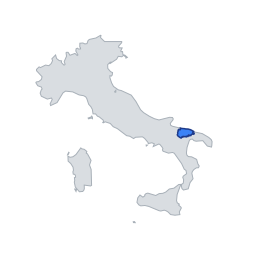 Bari highlighted on a map of Italy, rotated 346°
{"feature_id": "ITA-5403", "entity_name": "Bari", "entity_type": "Province", "adm_level": 1, "iso_a3": "ITA", "parent_name": "Italy", "parent_adm1": "", "projection": "albers", "projection_center": [16.754, 40.964], "detail": "fine", "context": "in_parent", "style": "filled", "palette": "blue", "viewbox_px": 256, "rotation_deg": 346, "n_neighbors": 0, "source": "natural_earth", "source_scale": "10m", "svg_char_len": 4925}
<svg xmlns="http://www.w3.org/2000/svg" viewBox="0 0 256 256"><g transform="rotate(346 128 128)"><path d="M56.5,47.2L57.7,48.2L63.2,47.0L66.3,48.4L69.1,46.9L71.1,44.4L70.9,42.4L75.4,39.6L75.5,43.3L77.6,46.0L79.8,46.8L79.1,48.2L81.1,51.5L82.0,51.3L82.4,50.8L82.1,48.2L85.7,43.5L86.1,40.0L86.7,39.7L88.2,40.1L89.3,43.4L94.6,42.8L96.2,45.4L97.1,45.0L96.0,40.7L96.8,38.6L98.2,38.3L99.1,39.4L101.1,39.8L101.3,38.6L100.8,37.7L101.8,34.1L104.8,34.6L106.5,36.0L108.6,36.2L110.5,33.4L112.0,32.7L118.7,32.9L123.8,31.4L124.2,31.9L123.2,33.2L123.5,34.1L126.2,38.5L142.8,42.6L142.5,43.7L138.8,46.2L138.5,47.2L139.0,48.1L141.7,48.9L139.7,51.3L139.7,52.3L141.2,52.5L140.8,55.6L142.6,56.6L144.5,59.3L142.5,59.8L143.3,59.1L141.4,56.4L139.2,57.4L135.9,56.1L133.6,58.5L125.7,61.3L127.1,59.9L126.5,59.9L123.6,61.6L122.8,65.3L124.7,69.1L126.4,70.5L125.5,72.8L124.4,73.6L123.1,72.9L122.6,74.9L123.0,80.3L124.0,84.2L127.8,88.6L130.6,90.1L139.1,96.9L142.1,104.2L144.6,113.3L146.8,116.8L151.6,121.8L155.9,125.4L160.0,127.7L171.0,127.7L173.7,128.6L174.1,130.1L173.5,131.1L170.2,133.6L170.0,135.6L171.6,137.1L179.0,140.9L186.7,144.0L191.9,148.1L198.7,151.4L204.0,156.6L205.9,159.3L206.3,161.5L205.1,165.2L204.4,166.7L200.6,164.7L197.5,158.4L190.9,157.3L188.9,156.2L187.8,154.3L185.7,154.1L184.3,155.2L180.6,161.1L178.7,166.2L178.5,168.3L179.6,170.3L182.8,171.4L187.0,175.1L187.1,179.6L187.9,182.1L186.8,183.6L184.7,183.2L181.9,184.2L179.9,185.8L179.0,187.4L178.8,193.0L175.0,196.0L171.7,201.6L166.8,201.6L165.7,199.8L165.7,197.2L166.5,195.6L168.3,194.9L169.5,191.6L169.2,189.2L169.9,188.1L173.8,186.5L174.0,183.2L172.6,181.6L171.4,175.5L166.8,163.7L165.3,162.5L161.2,162.2L156.4,159.0L156.1,157.6L156.9,156.4L156.4,154.7L155.0,151.7L154.0,151.0L148.0,152.1L149.7,149.7L147.6,148.1L143.9,148.0L144.0,147.0L141.6,142.1L139.9,140.1L133.1,138.8L130.9,139.6L127.7,136.4L124.8,135.1L117.5,126.0L114.0,123.2L111.9,119.3L107.4,116.5L105.2,117.0L104.8,116.5L105.9,115.8L105.8,114.3L102.9,110.4L101.2,109.1L100.0,106.5L97.5,105.8L97.9,101.4L97.1,98.3L95.6,95.5L95.1,89.2L94.4,87.4L92.7,85.9L88.6,84.1L83.1,79.6L76.3,77.1L73.4,78.2L65.3,86.2L58.3,87.5L58.3,85.7L61.4,81.9L61.0,80.4L56.7,80.4L51.6,76.2L51.2,72.9L53.1,70.0L54.1,69.4L53.8,67.3L50.7,65.2L49.7,62.4L49.7,61.4L50.6,61.1L52.5,61.4L55.8,59.9L57.0,57.4L53.1,50.3L53.4,49.0L56.5,47.2ZM124.9,90.2L125.3,88.5L123.8,89.5L124.1,90.3L124.9,90.2ZM165.6,195.5L159.6,204.4L157.5,210.3L157.7,212.6L159.4,214.3L158.5,215.0L160.3,217.8L160.3,218.6L157.5,221.8L157.4,224.6L152.5,224.0L148.4,222.3L146.5,219.1L145.0,217.6L143.3,216.5L139.8,216.5L138.2,215.8L129.2,209.1L125.7,207.3L121.5,206.6L119.9,205.2L118.7,202.3L120.6,198.1L123.4,195.9L125.7,198.7L127.9,197.9L128.0,197.0L129.6,196.0L131.5,196.0L138.6,200.2L142.4,199.2L145.9,199.8L149.1,199.3L153.3,197.2L158.0,197.5L163.6,195.1L165.6,195.5ZM82.4,143.3L84.3,150.5L81.7,154.6L82.2,159.3L78.8,174.8L77.7,175.2L71.7,172.8L70.9,176.4L70.0,177.8L68.7,178.6L65.4,178.1L62.6,172.6L62.8,167.5L63.6,166.1L64.0,163.2L65.2,163.1L65.5,161.1L64.9,160.0L63.7,159.5L63.9,157.3L64.9,155.7L65.2,152.7L63.9,148.7L61.9,145.7L62.9,140.9L64.7,142.4L67.6,142.6L71.2,141.1L77.4,135.9L78.1,137.0L80.4,138.1L82.4,140.8L81.4,142.3L82.4,143.3ZM95.7,107.7L96.1,108.9L95.8,110.4L94.8,109.4L92.0,109.6L91.7,108.7L95.2,108.3L95.7,107.7ZM63.2,175.2L62.2,177.0L61.5,174.5L61.7,174.2L63.2,175.2ZM64.9,137.6L63.4,139.5L62.8,139.4L64.6,137.2L64.9,137.6ZM112.1,221.6L110.4,221.1L110.4,220.2L111.7,220.4L112.1,221.6ZM142.7,149.3L141.4,149.9L141.5,148.9L142.7,149.3Z" fill="#d9dde1" stroke="#a8b0b8" stroke-width="1"/><path d="M178.9,140.8L179.1,140.9L179.6,141.3L182.9,142.4L183.2,142.7L183.3,142.7L183.7,142.9L186.1,143.6L188.1,144.7L189.1,145.5L189.6,146.0L190.1,146.7L190.3,146.9L190.6,146.9L190.8,147.1L190.1,147.6L189.9,147.9L189.7,148.2L189.7,148.4L189.7,148.5L189.8,148.7L190.5,148.9L190.8,148.9L190.8,149.1L190.9,149.3L190.8,149.5L190.7,149.7L190.5,149.8L190.2,149.8L189.8,149.9L189.3,149.6L188.9,149.5L188.2,149.5L187.6,149.8L187.4,150.3L187.3,150.5L187.0,150.5L186.2,150.3L185.8,150.4L185.6,150.4L185.5,150.2L185.5,149.8L185.5,149.7L185.4,149.5L185.2,149.5L184.7,149.7L184.5,149.9L184.4,150.1L184.4,150.5L184.2,150.7L183.7,150.4L183.4,150.3L183.2,150.3L182.8,150.8L182.7,150.8L182.3,150.1L181.5,150.4L181.3,150.4L181.0,150.1L180.9,150.0L180.4,149.9L180.1,149.7L179.5,149.5L179.4,149.6L179.3,149.8L179.0,149.6L178.9,149.6L178.8,149.8L179.0,150.0L178.9,150.1L178.6,149.9L178.5,149.7L178.4,149.6L177.9,149.9L177.6,150.3L177.4,150.5L177.2,150.6L176.8,150.4L176.1,149.7L174.7,148.1L174.5,147.7L174.3,147.1L174.2,146.9L174.2,146.5L174.9,145.6L175.0,145.3L175.1,144.5L175.2,144.1L175.9,143.2L176.1,143.1L176.2,142.9L176.1,142.7L176.0,142.4L176.1,142.2L176.4,142.1L176.5,142.0L176.8,141.7L177.0,141.6L177.4,141.7L177.8,142.2L178.1,142.3L178.3,142.3L178.4,142.2L178.5,142.0L178.5,141.9L178.4,141.9L178.5,141.8L178.9,141.1L178.9,140.8Z" fill="#3b82f6" stroke="#1e3a8a" stroke-width="1.5"/></g></svg>